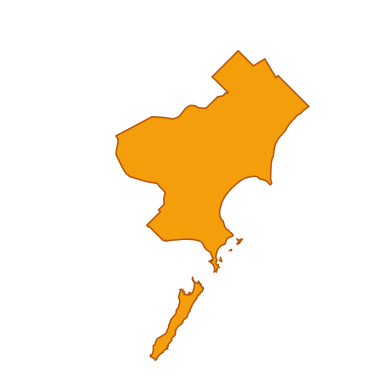 the district of Rockingham, Western Australia, Australia, rotated 225°
{"feature_id": "25037944B36908504302594", "entity_name": "Rockingham", "entity_type": "district", "adm_level": 2, "iso_a3": "AUS", "parent_name": "Australia", "parent_adm1": "Western Australia", "projection": "orthographic", "projection_center": [115.705, -32.307], "detail": "fine", "context": "isolated", "style": "filled", "palette": "amber", "viewbox_px": 384, "rotation_deg": 225, "n_neighbors": 0, "source": "geoboundaries", "source_scale": "gbopen_adm2", "svg_char_len": 5916}
<svg xmlns="http://www.w3.org/2000/svg" viewBox="0 0 384 384"><g transform="rotate(225 192 192)"><path d="M175.8,138.7L172.5,143.3L170.2,146.0L169.0,147.2L166.4,150.5L163.4,153.9L160.7,156.4L158.8,158.0L157.4,159.4L154.7,161.2L152.1,162.6L151.2,163.0L149.8,163.2L148.4,163.1L146.9,162.7L144.2,161.7L140.9,161.4L136.8,162.2L135.9,162.2L135.0,161.9L132.5,160.5L130.7,160.3L130.2,159.9L129.9,159.0L129.9,158.6L130.8,155.0L130.6,155.0L129.7,158.4L129.0,158.1L129.4,156.4L130.0,156.2L130.0,155.8L129.5,155.6L128.1,155.7L125.8,155.6L122.5,154.4L121.6,153.7L121.2,152.7L120.3,152.4L120.2,151.5L119.9,151.1L119.7,151.2L119.8,151.9L119.1,152.7L118.7,152.7L119.0,153.0L119.0,153.3L118.7,153.7L118.9,154.3L119.3,154.3L119.8,154.7L120.1,156.0L120.0,156.8L119.5,157.8L120.0,157.8L120.9,158.4L121.3,158.4L121.8,158.7L122.0,159.1L122.5,158.8L122.7,158.1L123.6,158.0L124.5,158.5L125.6,159.7L126.1,161.3L126.5,161.7L128.3,162.2L130.2,164.1L131.5,166.1L132.7,168.5L133.4,171.2L133.5,174.0L133.2,175.4L132.1,178.0L131.9,178.8L133.7,182.2L134.0,183.4L134.0,184.3L133.7,185.9L132.5,188.6L132.2,189.1L132.4,190.5L132.8,190.7L135.3,190.8L137.2,190.5L139.8,190.6L140.1,190.3L140.6,190.2L142.2,190.2L144.9,190.9L149.5,193.5L150.1,193.2L150.6,193.2L152.7,193.6L155.8,195.1L157.6,196.6L159.7,199.0L161.9,202.9L162.5,203.7L163.5,205.8L164.4,208.2L165.6,212.2L166.0,214.5L166.6,221.1L166.4,228.5L165.9,233.0L165.3,236.0L164.6,238.3L162.9,241.9L159.5,246.7L158.2,248.0L156.8,248.9L156.1,249.0L153.4,249.1L152.2,249.7L149.9,251.3L148.1,252.1L146.2,252.4L141.9,252.3L141.7,252.4L141.6,252.9L141.8,254.5L142.1,254.9L143.3,255.3L144.6,256.1L146.4,257.5L148.1,259.4L148.8,260.0L153.5,265.3L154.3,266.0L155.7,267.5L158.6,271.7L159.0,272.6L159.3,273.6L160.3,275.5L162.5,278.1L163.7,279.7L165.8,282.9L167.0,285.4L168.1,288.8L168.6,290.7L169.1,294.1L169.0,296.3L169.4,301.3L170.4,304.9L170.9,307.2L171.3,309.9L171.6,314.1L171.5,316.5L171.9,319.9L171.7,321.2L170.8,324.2L170.8,328.8L170.3,332.3L169.9,335.1L213.5,335.1L213.5,332.2L234.6,337.6L237.9,324.5L259.2,324.5L259.2,287.6L253.5,287.8L236.9,287.8L236.7,286.9L238.2,285.9L238.2,281.8L241.2,277.4L241.3,261.3L242.0,260.4L245.9,256.9L247.7,255.9L250.4,255.4L252.9,253.6L254.8,251.5L255.7,246.6L254.7,238.8L254.5,237.5L254.7,235.9L255.1,234.3L257.2,230.1L264.2,225.1L273.5,216.9L285.4,178.0L285.3,177.9L284.8,177.6L284.7,177.8L282.5,177.2L280.8,176.3L280.7,176.0L280.1,175.6L279.3,174.5L274.9,168.0L273.3,166.0L272.3,165.1L271.2,164.5L271.3,164.4L257.9,159.9L255.4,159.2L252.7,158.7L250.4,158.5L249.7,158.7L247.0,158.9L232.3,166.7L223.6,172.8L222.8,173.2L221.4,173.5L218.7,172.8L215.2,173.1L211.3,172.7L210.6,172.4L209.6,171.5L209.3,171.5L209.1,170.4L208.7,169.5L207.1,167.3L203.0,163.4L203.0,155.9L202.9,155.7L200.4,155.7L200.5,136.4L198.1,136.5L198.0,137.3L177.7,137.4L176.5,139.2L175.8,138.7ZM106.5,84.9L106.8,86.9L106.1,90.4L106.4,91.7L106.1,92.9L106.3,93.2L107.0,93.9L107.3,94.9L107.5,96.5L107.1,99.0L107.2,99.6L107.6,100.5L107.5,101.1L108.2,101.8L108.8,103.3L109.2,104.3L109.2,106.3L110.1,107.1L110.2,107.8L110.8,109.2L110.9,110.0L111.4,110.7L112.5,113.8L112.6,115.1L112.9,115.6L113.1,116.8L113.1,119.2L113.3,119.8L113.9,120.3L113.9,120.9L114.6,123.2L114.5,124.0L114.1,124.8L114.9,126.9L114.8,128.2L114.5,128.9L115.3,130.3L115.3,131.0L115.5,131.7L116.5,132.4L116.9,132.3L117.4,131.8L117.4,131.6L118.4,131.6L119.2,132.0L119.5,132.6L119.8,132.5L119.9,132.3L120.1,132.2L120.2,132.7L120.8,132.9L120.9,133.2L121.6,133.0L121.5,132.6L122.3,132.4L123.5,133.5L124.2,133.6L124.4,133.3L124.2,132.7L123.8,132.2L123.7,131.5L124.4,130.8L125.0,130.5L126.1,130.3L127.5,130.3L129.6,130.8L130.3,131.3L130.9,132.2L131.2,132.1L131.2,131.9L130.7,131.2L130.0,130.5L129.1,130.2L126.5,129.6L125.0,128.4L124.0,127.3L122.7,125.7L120.7,121.9L120.5,120.4L120.8,119.5L122.6,119.5L122.8,118.1L122.7,118.1L122.4,119.2L122.2,119.3L120.7,119.2L120.6,118.8L120.8,118.1L121.2,117.3L121.8,117.2L121.8,116.9L122.3,116.2L123.4,115.3L123.8,115.1L124.3,115.2L125.1,114.2L127.3,116.1L127.5,115.9L127.3,115.8L127.9,115.0L129.5,116.4L129.6,116.0L130.5,115.9L131.4,114.6L130.9,114.6L130.4,114.1L127.3,108.3L127.0,108.0L125.0,107.3L123.1,105.7L122.3,104.8L122.0,103.9L120.1,101.2L119.8,99.8L119.7,98.5L119.4,97.3L119.1,96.8L117.9,95.5L117.6,94.9L117.2,93.3L117.0,89.6L116.7,86.7L114.7,83.0L114.3,81.4L113.6,80.7L112.7,79.4L112.2,78.0L112.1,77.1L111.0,75.3L110.7,74.4L110.6,73.2L110.8,71.5L112.5,65.1L112.6,62.5L112.1,61.0L110.5,58.3L110.3,57.2L110.6,56.2L110.5,55.7L107.6,53.0L106.2,50.9L105.5,49.2L105.4,48.4L105.5,48.0L106.0,47.7L106.0,46.9L105.3,46.8L104.5,46.4L104.4,46.7L103.0,46.9L102.1,47.5L100.7,47.4L100.2,47.7L99.5,47.5L99.0,47.1L98.9,48.0L98.9,49.3L99.0,49.8L99.3,50.1L99.6,50.6L99.8,51.5L99.9,52.8L99.6,53.9L100.0,55.4L99.8,55.9L99.5,56.3L99.5,56.5L99.7,56.8L99.3,57.1L99.2,58.1L99.1,58.4L99.4,58.9L99.7,60.8L99.6,61.5L99.5,61.9L99.2,62.2L99.1,62.7L98.8,63.0L99.1,63.5L98.6,63.9L99.3,64.0L99.6,63.8L99.8,64.0L99.7,64.9L100.2,65.2L100.1,65.3L99.8,65.3L99.7,66.0L100.0,66.3L100.3,66.1L100.6,66.9L101.0,67.2L101.1,68.5L101.0,69.5L101.3,70.1L101.4,71.2L101.2,72.5L102.6,73.8L102.9,74.6L103.0,75.7L102.7,77.1L103.0,78.2L102.9,79.2L103.8,80.2L104.3,81.2L105.7,82.2L105.9,82.6L105.8,83.4L106.5,84.4L106.5,84.9ZM123.0,188.7L122.3,189.2L122.3,189.5L122.6,190.1L123.0,194.1L124.0,193.6L124.0,193.3L123.6,193.0L123.6,192.4L124.3,191.9L124.6,191.3L125.2,190.9L125.7,190.9L125.9,190.7L126.8,190.6L126.6,190.4L125.0,190.3L123.8,189.8L123.6,188.9L123.7,188.3L123.7,187.6L123.5,187.3L123.2,187.1L122.8,187.2L123.0,188.7ZM122.0,164.2L123.0,164.5L123.3,163.9L123.9,163.9L124.3,163.3L123.1,163.4L123.2,163.5L122.7,163.5L122.6,163.8L122.6,163.5L122.2,163.6L122.3,163.8L122.0,163.9L122.0,164.2ZM123.6,179.1L123.9,178.4L123.6,178.1L123.7,177.6L123.3,178.0L122.7,178.4L122.9,178.8L123.2,178.5L123.3,178.6L123.5,179.1L123.6,179.1ZM124.5,165.6L125.4,165.7L125.1,165.3L124.4,165.4L124.5,165.6Z" fill="#f59e0b" stroke="#b45309" stroke-width="1.5"/></g></svg>